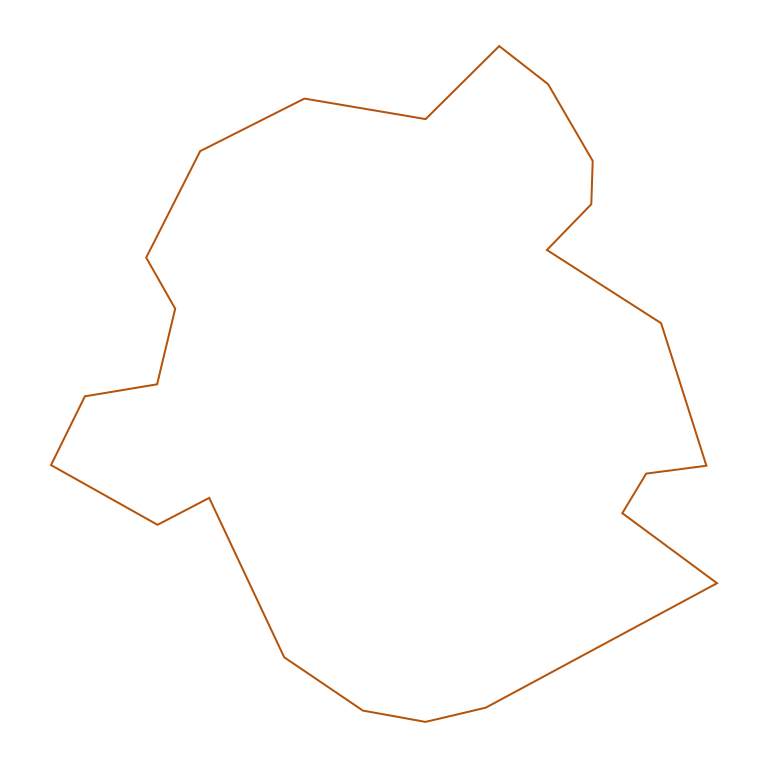 Brussels, Albers equal-area conic projection
{"feature_id": "BEL-3474", "entity_name": "Brussels", "entity_type": "Capital Region", "adm_level": 1, "iso_a3": "BEL", "parent_name": "Belgium", "parent_adm1": "", "projection": "albers", "projection_center": [4.373, 50.84], "detail": "fine", "context": "isolated", "style": "outline", "palette": "amber", "viewbox_px": 768, "rotation_deg": 0, "n_neighbors": 0, "source": "natural_earth", "source_scale": "10m", "svg_char_len": 422}
<svg xmlns="http://www.w3.org/2000/svg" viewBox="0 0 768 768"><path d="M717.0,583.2L485.7,707.7L425.4,721.9L362.9,710.6L284.2,657.3L209.2,497.9L157.5,524.8L51.0,465.1L84.9,396.3L157.1,384.3L175.2,308.7L146.2,257.6L200.2,151.1L304.4,98.6L425.6,119.1L499.2,46.1L548.1,84.2L592.7,160.9L591.3,204.2L546.9,250.0L661.1,323.2L706.4,465.7L646.2,473.6L622.3,513.2L717.0,583.2Z" fill="none" stroke="#b45309" stroke-width="2"/></svg>